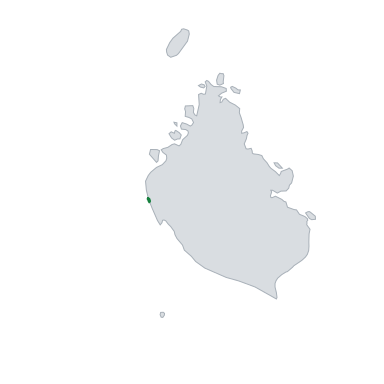 Dong-gu [East District], Ulsan, South Korea (highlighted), rotated 143°
{"feature_id": "91817680B33034423068968", "entity_name": "Dong-gu [East District]", "entity_type": "district", "adm_level": 2, "iso_a3": "KOR", "parent_name": "South Korea", "parent_adm1": "Ulsan", "projection": "natural_earth1", "projection_center": [129.43, 35.518], "detail": "fine", "context": "in_parent", "style": "filled", "palette": "green", "viewbox_px": 384, "rotation_deg": 143, "n_neighbors": 0, "source": "geoboundaries", "source_scale": "gbopen_adm2", "svg_char_len": 3951}
<svg xmlns="http://www.w3.org/2000/svg" viewBox="0 0 384 384"><g transform="rotate(143 192 192)"><path d="M118.8,98.0L120.0,97.0L120.1,95.7L120.2,91.2L123.7,88.1L128.8,81.7L131.3,78.2L134.1,75.0L137.4,72.8L140.5,71.8L145.5,71.3L155.1,71.8L157.0,71.4L163.7,71.0L165.3,71.6L170.1,72.0L175.5,71.6L178.2,70.6L180.7,69.0L182.9,66.1L185.2,60.8L187.6,56.6L189.0,55.8L198.8,78.2L208.1,92.7L216.1,103.2L227.5,123.4L230.9,134.2L231.2,140.9L233.1,150.2L231.5,155.4L232.0,163.8L231.3,168.1L229.9,171.2L229.8,177.3L230.3,180.5L230.3,184.8L231.2,186.5L232.5,187.1L234.6,185.5L237.2,184.9L236.7,190.1L233.6,203.1L230.9,212.7L227.3,221.0L222.6,228.6L217.0,231.5L213.1,232.6L205.6,233.0L199.3,231.7L194.0,232.6L191.8,234.2L190.2,236.9L191.4,241.1L191.2,244.2L188.9,244.0L184.4,242.2L179.3,241.9L177.0,241.0L174.6,236.6L172.2,236.8L168.0,239.4L161.5,240.0L159.3,241.4L158.5,243.2L159.4,245.6L162.6,248.6L161.5,251.7L158.1,253.3L155.4,249.5L153.7,245.7L151.8,245.5L148.9,246.6L148.2,250.6L149.6,253.4L151.9,256.5L148.7,260.2L147.8,262.8L145.5,264.7L139.4,260.5L140.3,257.6L143.0,254.7L143.3,251.8L142.4,250.0L133.6,257.5L128.1,265.9L125.2,265.3L124.0,263.1L122.3,262.2L116.4,267.7L115.2,272.0L113.1,272.2L112.2,270.4L112.1,266.4L111.1,263.1L105.1,258.3L102.4,254.1L103.9,251.8L108.9,253.1L113.0,252.9L112.2,250.9L110.9,249.9L113.6,248.8L115.8,246.5L114.0,245.9L111.1,247.2L108.8,246.6L107.9,241.1L105.1,235.4L103.7,229.9L106.5,226.8L108.0,221.9L110.7,214.8L112.0,212.5L115.7,210.8L117.0,209.0L115.0,208.0L111.8,207.2L111.9,205.2L114.1,204.0L116.5,201.8L121.3,199.0L122.8,193.9L121.4,192.6L118.5,191.3L119.2,188.7L120.4,186.7L120.0,185.5L116.5,182.1L114.3,179.1L115.0,175.6L114.5,170.3L114.9,165.8L114.7,163.4L113.1,158.0L112.4,152.6L110.2,153.4L108.4,154.7L102.0,152.8L100.0,152.7L99.2,148.7L101.5,143.7L107.0,139.3L110.1,138.8L112.5,136.8L116.2,136.2L120.5,139.2L124.5,139.8L126.6,144.9L128.0,146.0L128.3,144.1L131.5,141.9L132.3,140.2L131.6,139.3L127.9,138.4L124.7,132.0L124.2,129.3L123.0,127.5L124.9,122.4L121.1,116.6L119.3,114.8L119.6,109.5L117.6,106.2L116.6,104.4L115.9,101.3L116.5,99.8L118.2,99.3L118.8,98.0ZM104.3,327.1L102.4,328.2L100.7,327.5L100.2,327.0L98.2,324.1L97.7,322.6L99.1,319.8L104.8,315.2L119.5,310.7L122.1,310.5L127.9,312.4L129.1,316.0L128.0,319.1L126.7,321.2L119.9,324.7L114.7,326.3L104.3,327.1ZM203.3,247.8L199.5,250.9L194.3,246.8L193.1,244.5L197.0,241.1L200.4,237.3L202.5,237.0L203.3,247.8ZM175.8,247.5L175.3,252.4L172.4,252.6L170.7,249.5L168.9,251.0L167.9,251.0L166.5,247.1L166.3,244.0L169.7,241.7L171.7,243.1L174.7,243.8L175.8,247.5ZM101.0,269.4L98.3,270.1L96.9,268.4L95.9,267.9L96.5,265.7L100.8,261.2L101.6,259.7L105.5,260.6L107.0,262.9L105.1,266.5L101.0,269.4ZM114.2,100.2L113.9,106.9L111.7,106.6L110.2,105.9L109.6,104.6L108.1,98.5L109.8,95.9L113.1,97.9L114.2,100.2ZM98.6,251.2L98.1,252.4L96.3,252.1L94.5,248.6L93.8,245.9L92.0,244.4L94.9,242.0L98.5,246.3L98.6,251.2ZM109.4,162.7L108.9,165.9L106.2,163.8L105.5,156.7L108.2,158.7L109.4,162.7ZM291.3,113.2L289.5,114.7L287.3,113.2L287.0,111.6L288.1,110.3L290.8,109.4L292.0,110.6L291.3,113.2ZM122.1,270.7L122.8,273.1L119.5,272.6L117.8,270.3L118.0,268.4L120.0,268.1L122.1,270.7ZM164.9,257.1L164.4,258.6L162.4,256.3L164.4,253.7L164.9,257.1Z" fill="#d9dde1" stroke="#a8b0b8" stroke-width="1"/><path d="M230.1,211.7L230.0,212.2L230.0,212.4L230.1,212.5L230.3,212.6L230.5,212.7L230.5,213.1L230.4,213.2L230.3,213.5L230.4,213.8L230.7,214.0L230.8,213.8L230.8,213.6L231.1,213.4L231.3,213.4L231.5,213.5L231.7,213.4L231.7,213.2L231.9,213.0L231.9,212.8L231.7,212.8L231.6,213.0L231.4,212.9L231.5,212.6L231.9,212.4L231.9,212.2L231.6,212.3L231.5,212.2L232.0,212.1L232.0,211.7L232.1,211.4L231.8,211.5L231.7,211.2L231.9,211.1L232.1,211.2L232.3,211.1L232.3,210.7L232.3,210.4L232.3,210.1L232.5,209.9L232.5,209.7L232.5,209.4L232.2,209.4L231.8,209.3L231.5,209.5L231.1,209.6L230.8,209.9L230.6,210.3L230.5,210.7L230.4,211.0L230.3,211.5L230.2,211.7L230.1,211.7Z" fill="#22c55e" stroke="#15803d" stroke-width="1.5"/></g></svg>